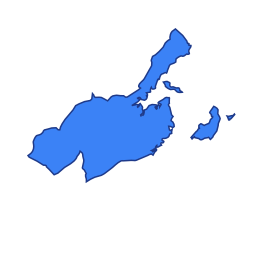 map outline of Veraguas (Equal Earth projection), rotated 236°
{"feature_id": "PAN-1341", "entity_name": "Veraguas", "entity_type": "Province", "adm_level": 1, "iso_a3": "PAN", "parent_name": "Panama", "parent_adm1": "", "projection": "equal_earth", "projection_center": [-81.249, 8.046], "detail": "fine", "context": "isolated", "style": "filled", "palette": "blue", "viewbox_px": 256, "rotation_deg": 236, "n_neighbors": 0, "source": "natural_earth", "source_scale": "10m", "svg_char_len": 5805}
<svg xmlns="http://www.w3.org/2000/svg" viewBox="0 0 256 256"><g transform="rotate(236 128 128)"><path d="M130.6,40.6L134.0,40.1L137.8,39.5L141.5,38.7L142.2,39.1L143.0,38.9L143.8,38.1L144.5,37.1L151.3,34.1L157.9,30.4L159.4,29.7L161.1,29.7L161.1,30.7L161.1,31.0L161.3,33.4L161.6,34.5L162.1,35.9L163.0,37.2L163.6,38.0L165.2,39.4L166.7,40.3L168.2,41.0L169.2,41.5L169.9,42.1L171.7,44.9L172.3,46.2L172.8,47.8L172.3,49.6L171.8,51.0L171.6,52.4L171.9,54.6L172.3,55.5L172.8,56.2L173.0,56.9L173.1,57.7L171.8,61.3L170.7,64.7L168.4,68.5L165.6,69.1L164.6,70.4L166.5,72.6L168.3,75.8L170.3,80.6L173.7,92.5L175.8,97.1L175.4,100.8L174.2,106.7L171.9,112.1L172.3,114.2L176.4,117.8L174.4,118.0L173.6,117.7L172.4,117.7L171.6,118.1L169.6,121.3L168.2,123.0L165.1,124.7L161.9,126.3L163.2,131.4L163.1,133.3L162.2,135.5L161.5,136.9L159.0,139.8L157.2,142.4L155.0,143.2L154.6,143.7L154.1,144.8L153.8,158.1L154.1,160.7L156.2,160.0L157.0,160.5L157.4,161.0L158.1,162.2L158.6,164.0L159.2,167.4L159.7,169.0L166.4,182.4L169.0,184.4L170.8,184.9L171.3,185.3L173.6,188.4L173.3,191.7L174.0,196.7L175.3,202.3L177.6,206.4L178.1,209.1L178.2,210.9L178.0,212.1L178.1,212.6L179.3,213.2L180.1,213.8L181.9,215.6L182.8,217.0L183.4,218.6L183.6,222.7L174.1,225.1L167.2,225.4L165.4,224.8L164.8,224.8L164.3,225.5L163.9,225.7L163.4,225.5L163.0,224.8L162.4,224.8L161.2,226.3L160.2,225.5L158.8,222.4L158.4,221.9L157.7,221.4L157.0,220.9L156.1,220.8L155.3,220.4L155.3,219.6L155.7,218.7L156.1,218.4L156.5,217.9L156.4,215.3L156.5,214.4L156.9,213.5L157.9,212.5L158.2,212.0L158.5,210.4L158.6,208.2L158.3,206.3L156.0,204.5L156.1,202.3L157.0,198.7L156.6,197.2L153.4,192.6L153.1,192.4L152.5,191.6L152.0,190.7L153.1,189.9L153.3,188.9L153.4,187.7L153.7,186.7L153.8,185.3L153.0,183.7L151.9,182.2L151.0,181.4L151.0,180.6L151.6,180.6L151.6,179.8L147.4,174.2L146.6,173.6L145.9,173.3L145.6,172.9L145.7,171.8L146.1,170.8L146.7,170.0L147.6,169.8L148.7,170.1L148.2,169.1L147.3,168.1L146.2,167.3L145.4,167.0L145.3,166.5L146.9,163.0L145.9,163.0L145.1,162.9L144.4,162.6L143.9,162.1L144.2,162.0L144.4,162.0L144.5,161.9L144.5,161.4L142.5,160.8L141.7,159.2L141.7,157.4L142.4,156.6L142.9,156.3L143.3,155.8L143.9,155.2L144.8,155.0L145.9,155.0L146.8,154.8L147.3,154.1L147.4,152.6L146.9,152.6L144.9,154.1L144.3,150.9L144.5,143.7L142.6,148.4L141.3,149.9L140.3,147.7L139.8,147.7L139.9,148.9L140.3,149.9L140.8,150.5L141.5,151.0L141.5,151.8L137.6,151.8L136.8,151.5L135.7,150.4L134.6,150.2L132.4,149.3L132.0,147.5L131.8,145.8L130.2,145.3L131.1,145.8L131.3,146.2L131.4,147.0L130.2,147.5L130.4,148.4L132.0,150.2L133.5,151.2L133.8,151.4L133.6,152.4L133.4,153.2L133.2,153.9L134.8,158.0L134.0,161.1L132.1,163.5L130.2,165.4L129.8,164.4L129.8,163.8L129.9,163.4L130.2,163.0L130.2,162.1L129.0,162.0L127.8,162.1L127.8,163.0L128.7,163.3L129.2,164.0L130.2,166.2L129.0,166.7L128.5,166.7L127.8,166.2L128.4,167.6L129.0,168.6L129.6,168.6L130.7,167.7L132.0,167.0L132.4,168.3L132.0,173.4L132.2,174.8L132.2,175.6L132.0,176.6L131.7,177.2L130.6,178.3L130.2,179.1L129.6,179.1L128.8,178.4L126.0,176.4L125.4,176.2L124.9,174.7L123.8,174.2L121.8,174.2L114.6,171.5L112.3,171.8L111.9,170.5L111.3,169.3L110.6,168.4L110.0,167.8L107.9,168.5L105.4,168.2L103.4,167.1L103.3,165.4L104.1,165.0L105.7,163.9L106.7,162.7L103.2,161.3L102.3,161.7L102.2,163.8L100.2,161.8L99.2,161.4L99.2,160.6L99.7,159.5L99.3,158.6L98.4,157.5L98.0,156.2L98.2,154.3L98.6,153.0L99.8,151.0L99.8,150.2L99.2,149.6L98.6,149.4L97.9,149.6L97.4,150.2L96.8,150.2L96.2,149.4L96.2,148.5L97.0,147.6L97.0,146.8L96.3,146.2L95.0,146.2L95.3,144.4L95.4,142.4L95.9,141.3L97.4,142.1L97.2,141.1L96.8,140.3L95.6,138.9L96.0,138.0L95.9,136.3L96.2,134.9L95.1,135.5L94.6,135.3L94.5,136.9L94.9,138.5L95.0,139.4L94.7,139.8L94.1,139.6L93.6,139.2L93.4,138.6L93.3,137.7L93.0,136.4L91.5,133.6L93.3,132.9L93.7,132.0L94.1,130.6L94.2,129.2L96.5,117.5L96.8,116.3L97.2,115.5L99.3,112.7L103.7,105.3L104.2,104.8L104.3,104.5L104.6,103.9L104.8,100.4L104.5,96.9L104.0,93.3L103.7,88.9L103.4,83.1L103.5,81.3L103.7,79.4L105.8,72.9L106.5,68.2L106.7,63.4L108.9,64.9L111.6,65.8L112.5,66.4L113.1,66.8L113.5,67.9L117.6,68.3L119.8,67.7L120.6,68.0L124.6,72.2L126.1,73.4L129.6,74.7L131.5,75.7L132.5,76.0L133.2,76.0L135.6,75.3L134.2,73.5L133.5,71.7L133.2,70.6L132.8,69.6L132.1,68.7L131.4,67.1L130.8,64.7L130.5,60.4L130.8,53.3L129.8,44.6L130.4,41.7L130.4,41.1L130.6,40.6ZM91.4,203.9L92.4,204.6L95.0,204.3L95.6,205.1L98.0,211.2L96.4,212.1L94.5,212.8L92.7,212.8L89.6,210.4L85.9,210.1L84.2,209.6L83.3,208.5L81.2,205.4L79.6,204.1L75.9,200.0L73.9,194.4L73.2,193.5L73.0,193.0L72.4,189.9L72.7,189.8L74.5,189.8L75.3,189.5L75.3,189.0L76.4,186.4L76.6,186.3L76.8,184.9L76.8,183.9L77.0,182.9L77.4,181.9L78.1,181.3L79.7,180.8L82.2,178.4L83.0,177.8L83.1,178.2L83.7,178.2L83.5,177.3L83.3,175.9L83.1,175.0L83.7,175.0L83.7,175.8L84.3,175.8L84.2,175.2L84.3,175.1L84.6,175.1L84.9,175.0L86.9,182.5L87.0,183.9L87.1,184.1L87.8,185.6L87.9,185.9L87.8,186.8L87.8,187.1L88.1,187.2L88.8,187.0L89.1,187.1L89.8,187.8L90.4,188.1L90.7,188.8L90.8,190.7L90.3,191.2L87.5,192.6L87.5,193.4L86.8,196.8L86.6,197.4L87.2,198.9L88.7,200.8L89.0,201.9L89.2,203.1L89.6,204.2L90.2,204.6L90.8,203.9L91.4,203.9ZM136.2,184.7L137.4,183.9L138.9,183.1L141.5,182.3L142.6,182.8L143.8,183.0L146.3,183.0L145.3,185.5L144.6,186.6L143.6,187.1L142.6,187.7L142.0,187.9L141.2,187.5L140.7,186.9L140.2,186.5L139.6,186.3L138.8,186.3L137.9,186.6L137.5,187.2L137.2,187.9L136.7,188.6L134.3,190.3L133.1,192.2L132.6,192.6L131.8,192.6L131.0,192.4L130.4,192.1L130.2,191.9L127.8,193.0L127.3,193.0L128.1,191.5L128.9,190.3L129.8,189.4L130.9,188.8L134.0,188.2L134.9,187.1L135.5,185.8L136.2,184.7ZM78.9,216.8L79.7,216.3L80.4,216.5L81.3,216.7L82.5,216.8L81.4,217.9L80.2,221.0L79.5,222.4L79.8,223.0L80.1,224.0L79.5,224.0L78.1,218.7L78.3,217.6L77.9,217.0L77.9,216.6L78.3,216.0L78.6,216.0L78.8,216.1L78.9,216.3L78.9,216.8Z" fill="#3b82f6" stroke="#1e3a8a" stroke-width="1.5"/></g></svg>